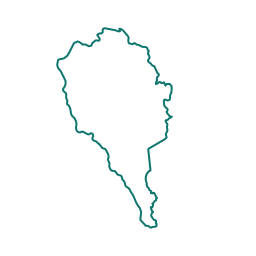 outline of Yevrey, rotated 75°
{"feature_id": "RUS-2613", "entity_name": "Yevrey", "entity_type": "Autonomous Region", "adm_level": 1, "iso_a3": "RUS", "parent_name": "Russia", "parent_adm1": "", "projection": "robinson", "projection_center": [132.69, 48.574], "detail": "fine", "context": "isolated", "style": "outline", "palette": "teal", "viewbox_px": 256, "rotation_deg": 75, "n_neighbors": 0, "source": "natural_earth", "source_scale": "10m", "svg_char_len": 5734}
<svg xmlns="http://www.w3.org/2000/svg" viewBox="0 0 256 256"><g transform="rotate(75 128 128)"><path d="M30.5,133.6L29.9,133.3L29.4,131.8L29.3,131.1L29.4,130.5L29.7,129.4L29.7,128.8L29.1,127.8L28.1,127.4L27.0,127.2L26.0,126.6L25.6,125.5L25.7,124.4L30.2,115.1L32.0,112.5L32.4,111.6L32.4,110.8L31.3,110.5L30.1,110.6L30.4,109.5L30.8,109.0L32.4,107.7L33.7,106.9L39.5,104.2L40.0,104.1L40.8,104.1L41.2,104.1L41.6,104.2L42.9,104.9L43.7,105.1L44.9,105.3L45.8,105.2L46.2,105.1L46.6,104.9L46.8,104.5L48.0,102.4L48.2,101.7L48.2,101.4L48.1,101.1L47.7,100.3L47.7,99.9L47.9,99.5L48.3,99.0L48.7,98.7L49.2,98.4L49.4,98.2L49.9,97.6L50.5,96.3L50.7,96.0L53.1,93.4L53.4,92.8L53.6,92.5L54.0,91.0L54.4,90.0L55.0,89.3L55.4,89.0L55.8,88.8L57.4,88.7L57.7,88.6L58.6,88.2L58.9,88.1L59.2,88.1L59.4,88.3L59.7,88.8L60.0,88.9L60.7,88.9L60.9,89.1L61.0,89.3L61.3,89.5L61.6,89.6L63.0,89.0L63.7,88.8L64.9,88.8L65.3,88.9L65.6,89.2L66.2,89.5L66.7,89.9L67.9,91.2L68.2,91.3L68.7,91.3L69.3,91.1L70.1,90.6L70.6,90.1L71.6,89.4L74.0,88.3L74.2,88.0L74.7,87.1L74.9,86.9L75.2,86.7L75.5,86.6L82.6,85.3L82.9,85.1L83.3,84.6L83.6,84.5L84.1,84.4L84.8,84.6L85.2,84.8L85.5,85.1L86.4,86.5L86.9,87.0L87.1,87.1L87.5,87.3L87.9,87.4L89.1,87.5L89.4,87.6L89.7,87.7L90.3,88.4L92.0,89.6L92.3,89.6L92.6,89.6L92.8,89.3L92.8,89.0L92.6,88.0L92.4,87.5L92.0,86.7L91.8,86.2L91.7,85.6L91.8,85.3L92.0,85.0L92.2,84.8L93.0,84.3L93.3,84.0L93.5,83.4L93.5,82.7L93.4,82.1L93.2,81.6L93.5,81.4L96.2,80.9L96.6,80.7L95.5,79.1L95.5,78.8L95.9,77.9L96.2,76.5L96.4,76.3L98.8,75.1L99.6,75.2L100.9,75.5L104.0,76.6L105.9,77.5L106.5,78.2L106.9,78.6L110.4,79.8L111.1,80.2L111.5,80.5L111.7,81.7L111.7,82.3L111.6,82.7L111.5,83.0L111.3,83.3L110.3,84.6L110.1,84.9L110.1,85.2L110.1,85.5L110.3,85.7L110.8,86.2L111.2,86.3L111.7,86.5L113.3,86.7L114.2,86.9L115.8,87.1L116.3,87.0L116.8,86.8L118.8,85.7L119.3,85.2L119.7,85.0L120.0,84.9L120.6,85.0L121.0,85.2L121.4,85.4L122.0,86.1L122.5,86.5L123.0,86.5L123.8,86.3L126.8,85.0L128.5,83.1L129.0,84.2L129.2,85.5L130.2,87.2L130.4,87.8L130.5,88.1L130.3,89.1L130.4,89.4L130.6,89.7L131.1,89.8L131.5,89.8L132.3,89.7L134.2,89.0L134.6,89.1L135.3,89.2L136.5,89.9L137.7,90.3L139.4,90.3L140.5,90.6L141.1,90.9L141.7,91.3L142.7,92.3L143.3,92.8L143.8,93.1L144.1,93.1L147.0,93.1L148.3,95.1L151.0,104.9L153.3,113.4L153.8,113.8L154.8,114.1L174.5,117.2L174.9,117.6L175.1,117.9L175.1,118.5L175.3,119.3L175.5,119.7L176.3,120.4L176.5,120.7L176.7,121.2L177.0,121.6L179.0,123.0L179.3,123.2L180.6,123.6L181.0,123.9L181.5,124.1L182.1,124.2L183.2,124.2L184.3,124.3L186.6,124.2L186.8,124.3L187.4,124.7L189.0,124.5L189.9,124.6L190.1,124.5L190.4,124.1L190.9,123.9L192.1,123.5L193.0,123.5L193.4,123.4L193.8,123.1L194.6,122.3L194.9,122.1L195.2,122.0L195.8,122.0L196.1,122.2L196.3,122.3L196.5,122.6L196.9,122.6L197.4,121.6L197.5,121.2L197.2,120.7L197.2,120.4L197.2,120.1L197.4,119.8L197.8,119.4L198.2,119.2L198.5,119.2L199.2,119.2L200.3,119.0L203.0,118.2L203.5,119.1L203.7,119.3L204.2,119.4L204.6,119.3L205.1,119.6L205.4,120.5L205.6,121.4L205.8,121.6L207.4,123.3L207.5,123.4L207.3,123.6L207.3,123.8L207.4,124.0L207.9,124.0L208.9,123.7L209.3,123.8L210.2,124.6L210.7,125.0L210.9,125.2L210.9,125.4L210.5,126.0L210.4,126.3L210.5,126.5L210.9,126.6L214.1,126.4L214.8,126.1L215.1,125.7L215.4,125.6L215.7,125.7L216.0,126.1L216.5,126.9L217.2,127.6L217.8,128.0L218.4,128.2L219.4,128.3L220.5,127.8L221.5,127.6L222.3,127.1L223.2,126.8L223.5,126.7L224.2,125.5L224.4,125.2L224.7,125.0L225.0,124.9L225.4,125.0L225.7,125.1L226.6,125.6L227.0,125.6L227.3,125.6L228.2,125.3L228.5,125.3L229.3,125.8L229.7,125.9L230.1,125.9L230.3,126.2L230.4,126.8L230.2,128.3L230.0,129.7L230.2,131.5L230.1,131.9L228.2,133.5L227.6,134.3L226.8,136.5L225.8,136.7L220.6,139.6L219.8,139.7L219.0,139.6L212.7,137.1L211.9,137.0L208.4,137.3L208.0,137.4L205.8,138.4L202.1,139.4L194.7,140.4L190.5,141.8L187.8,142.3L187.1,142.6L186.3,143.0L184.4,144.7L183.7,145.1L182.3,145.4L179.6,145.3L179.1,145.4L178.3,145.7L176.7,146.5L175.8,146.7L173.1,146.7L172.4,147.1L171.8,147.8L170.7,149.6L170.0,150.3L169.3,150.6L167.8,151.0L167.1,151.3L166.5,151.7L166.1,152.3L165.8,152.9L165.5,153.6L165.0,154.7L164.2,155.4L163.3,155.7L160.5,156.1L160.0,156.0L158.2,155.3L157.4,155.1L156.7,155.1L154.1,155.5L153.1,155.4L152.6,155.2L151.7,154.6L151.3,154.3L149.5,154.0L147.7,154.0L143.4,155.1L142.6,155.4L142.0,155.9L141.5,156.7L141.2,157.4L140.7,158.0L140.3,158.2L136.4,159.7L136.4,160.0L132.9,162.1L132.4,162.7L131.5,164.1L130.9,164.6L130.2,165.0L129.5,165.2L128.8,165.1L128.2,164.8L127.1,163.9L126.4,163.7L125.6,163.6L124.8,163.7L124.1,164.1L123.8,164.5L123.6,164.8L123.5,165.3L123.5,165.7L124.0,166.9L124.0,167.4L123.8,168.2L123.4,168.8L121.0,171.3L119.8,172.8L119.6,173.2L119.5,173.5L119.5,173.9L119.8,174.9L119.9,175.4L119.8,175.9L119.5,176.4L118.7,177.3L118.3,177.7L117.8,178.0L117.2,178.2L115.0,178.3L113.9,178.1L111.5,176.9L109.9,176.6L108.3,176.5L105.2,177.0L104.6,177.2L102.3,178.6L101.7,178.9L100.4,179.2L98.4,179.3L97.1,179.0L94.1,178.8L91.4,179.2L91.0,179.4L89.8,180.3L89.5,180.5L89.0,180.5L88.5,180.5L88.1,180.4L86.7,179.7L86.2,179.6L85.4,179.6L83.7,179.9L82.8,179.9L79.2,178.9L78.3,179.0L75.9,180.6L75.4,180.8L75.0,180.9L74.2,180.9L73.7,180.7L73.4,180.5L71.6,178.5L70.2,177.4L68.7,176.7L67.1,176.3L66.1,176.2L56.4,178.1L54.4,178.8L52.7,179.8L51.5,180.0L50.6,180.1L48.7,180.0L47.8,179.7L45.9,178.7L45.1,178.4L44.0,177.6L43.9,175.7L44.1,173.5L44.1,171.7L42.5,168.0L40.2,165.5L32.2,158.4L31.9,157.6L31.7,156.2L31.5,155.4L31.4,154.5L31.9,153.4L33.4,151.8L34.5,151.0L35.3,150.6L35.6,150.3L36.1,148.2L36.3,147.5L36.6,147.1L38.7,144.9L38.9,144.2L39.0,142.8L38.8,141.9L38.5,141.6L38.0,141.4L37.4,141.1L36.9,140.6L36.6,140.1L36.2,139.1L35.3,137.4L35.0,136.3L35.4,135.3L36.0,134.1L36.0,133.1L35.3,132.4L34.0,132.3L30.5,133.6Z" fill="none" stroke="#0f766e" stroke-width="2"/></g></svg>